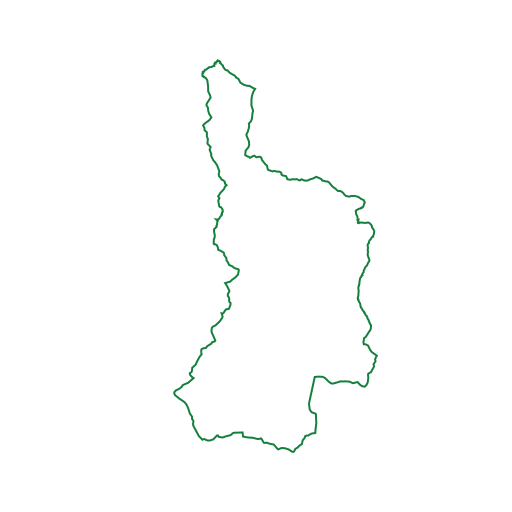 Quijos, Napo, Ecuador (Mercator projection), rotated 252°
{"feature_id": "8360857B2766573114879", "entity_name": "Quijos", "entity_type": "district", "adm_level": 2, "iso_a3": "ECU", "parent_name": "Ecuador", "parent_adm1": "Napo", "projection": "mercator", "projection_center": [-77.926, -0.452], "detail": "fine", "context": "isolated", "style": "outline", "palette": "green", "viewbox_px": 512, "rotation_deg": 252, "n_neighbors": 0, "source": "geoboundaries", "source_scale": "gbopen_adm2", "svg_char_len": 6104}
<svg xmlns="http://www.w3.org/2000/svg" viewBox="0 0 512 512"><g transform="rotate(252 256 256)"><path d="M415.2,306.8L417.3,304.5L419.8,302.4L420.5,300.4L422.6,297.3L425.7,294.7L429.6,294.1L431.6,292.6L431.8,292.2L432.6,292.2L434.1,291.5L438.5,287.5L441.4,286.3L441.8,285.1L442.9,284.2L446.1,283.2L447.4,283.4L448.6,282.5L449.9,282.2L450.9,281.3L451.8,281.9L452.9,281.1L453.1,280.3L453.8,280.1L453.1,278.7L452.4,278.3L452.6,276.9L451.4,276.9L451.5,275.7L449.5,275.0L449.9,273.4L449.5,272.4L450.0,269.4L449.5,268.8L449.5,268.0L448.7,266.6L448.9,265.1L447.4,263.8L447.8,262.7L447.5,262.2L446.2,262.1L446.1,261.4L443.7,260.7L443.0,261.8L442.2,261.6L441.2,263.1L438.3,264.0L432.3,262.9L427.3,261.4L422.6,262.0L420.6,261.7L416.6,256.8L415.7,256.0L414.4,255.4L412.1,256.1L408.4,255.4L405.6,255.4L401.6,256.4L399.6,253.6L398.3,249.6L397.2,246.9L396.5,246.0L393.9,246.5L391.5,246.0L388.8,247.5L384.8,246.2L382.2,246.4L378.3,244.7L377.4,244.7L373.7,246.5L371.3,244.7L366.9,245.0L365.3,244.3L360.0,245.0L358.5,245.8L354.4,247.0L348.5,247.3L347.9,247.3L345.2,245.8L343.4,245.5L341.3,246.5L339.3,246.9L338.1,248.2L336.7,249.0L335.6,249.3L334.5,248.8L332.4,249.9L331.4,247.7L330.3,247.0L329.2,245.7L326.8,241.2L325.8,240.4L324.6,238.6L324.2,238.4L322.3,239.1L320.3,237.2L314.6,236.4L313.8,236.8L313.3,237.7L311.4,238.4L310.1,238.6L309.6,238.2L308.3,238.1L307.8,237.1L306.3,236.6L306.2,236.0L305.3,235.9L304.5,234.3L302.7,232.3L302.7,231.6L302.2,231.1L303.1,229.4L301.0,230.3L299.8,229.4L297.9,228.7L297.0,227.7L296.0,227.6L294.4,224.4L292.0,223.6L288.3,223.2L286.1,222.2L285.1,221.2L280.9,219.6L280.0,219.9L279.6,221.1L278.5,222.0L276.3,222.4L273.5,222.0L271.8,224.1L269.1,226.3L268.1,226.4L266.7,226.0L263.1,227.2L260.9,226.6L258.9,227.3L255.7,227.7L253.8,230.0L251.0,231.9L249.0,235.0L248.5,235.3L247.4,235.1L244.0,233.2L242.2,230.2L240.8,226.0L239.6,223.4L239.8,218.3L236.7,219.1L231.5,219.9L230.5,219.7L228.6,217.5L226.8,216.9L224.8,217.4L223.2,217.2L221.4,216.5L220.5,216.6L219.2,217.3L217.6,216.7L214.2,214.0L214.0,213.3L214.6,211.4L213.7,209.7L211.7,207.3L211.6,206.3L212.1,205.6L208.7,205.5L207.8,204.9L205.2,201.6L202.5,196.0L202.1,193.0L201.2,191.7L198.2,190.4L196.7,190.3L188.2,191.2L187.5,190.2L187.6,187.7L186.4,186.3L185.4,182.0L184.0,179.8L184.5,177.7L184.2,175.4L183.3,174.8L180.3,173.9L179.3,173.9L177.8,171.5L174.4,167.8L171.2,164.9L169.5,160.9L166.8,159.7L165.5,158.8L165.1,157.0L164.5,156.6L163.4,156.6L162.3,157.0L160.6,157.8L159.2,158.9L156.4,152.3L155.9,147.0L155.6,146.1L154.4,144.8L153.5,142.2L152.8,138.0L152.0,136.6L150.8,135.8L148.7,136.0L144.1,139.0L139.2,142.8L137.3,143.6L135.1,144.2L131.2,144.5L126.7,144.4L123.1,145.5L120.6,144.8L119.2,145.4L118.1,145.4L115.5,144.1L113.5,144.0L102.4,146.0L97.8,148.3L98.0,149.5L97.8,150.4L96.1,152.1L95.3,153.4L94.8,155.3L94.8,158.6L97.4,163.6L97.0,164.4L95.6,164.6L94.0,167.4L93.7,168.5L93.8,172.0L93.5,175.9L93.7,177.3L94.6,178.9L94.7,180.5L92.3,188.7L88.3,187.9L86.0,192.0L84.2,196.6L81.5,200.9L80.9,203.3L81.0,204.4L80.2,204.8L76.0,205.7L75.4,206.8L75.1,208.7L73.7,210.3L71.2,214.6L65.6,217.0L65.2,217.5L65.5,221.0L64.3,224.0L62.1,227.1L58.5,230.1L58.2,230.9L58.4,231.9L60.4,233.8L61.0,236.6L62.2,238.6L62.9,241.5L65.6,243.0L66.6,243.9L67.9,246.0L69.6,247.3L69.5,248.8L69.1,250.5L69.8,252.6L69.9,254.6L69.3,257.7L72.2,258.8L78.3,261.7L87.2,264.1L87.8,263.7L90.1,260.8L91.5,260.1L93.8,259.7L99.3,260.8L122.8,274.5L122.0,278.1L120.5,282.0L118.6,284.0L114.1,286.3L112.1,287.7L111.2,288.8L110.8,290.4L110.6,298.2L110.0,299.1L109.2,302.2L107.5,306.3L105.1,308.8L104.7,313.7L101.5,315.1L99.5,316.6L98.1,319.1L99.5,321.5L101.3,323.2L105.5,325.2L108.3,325.8L109.4,326.4L110.0,329.4L114.1,333.8L114.7,334.2L116.9,334.4L118.8,337.1L120.8,337.3L121.8,338.0L123.9,340.1L129.1,336.3L131.8,335.5L136.2,334.9L137.9,333.2L138.5,332.2L138.7,331.3L141.0,331.5L142.1,332.3L144.4,333.3L145.2,335.5L149.7,340.9L150.0,341.6L151.6,342.8L154.6,344.0L156.6,343.3L157.2,343.5L159.3,343.1L159.9,343.4L162.1,342.7L163.0,343.0L164.1,342.6L164.6,342.8L166.2,342.0L167.8,341.9L168.2,341.5L168.9,341.7L169.1,341.4L169.5,341.5L171.4,340.7L173.8,340.3L174.5,339.9L175.1,340.0L175.7,339.8L177.3,340.2L179.2,340.3L180.2,339.9L181.4,339.9L182.0,339.7L182.4,339.9L183.0,339.5L183.8,339.9L184.5,339.7L186.9,341.3L187.8,341.4L190.2,342.6L194.2,343.5L195.5,344.2L195.9,344.8L196.8,344.9L197.3,345.6L199.6,346.5L202.4,348.0L203.2,348.7L203.5,349.5L204.4,350.0L204.7,351.3L205.8,351.2L207.6,353.5L209.1,354.1L209.9,355.1L211.3,356.1L212.8,358.7L215.3,360.9L216.0,362.1L216.5,362.4L217.3,362.6L222.5,362.5L225.5,363.9L227.4,364.1L229.0,365.1L231.7,365.4L233.2,366.6L233.4,367.4L234.7,367.9L235.9,369.0L236.3,370.1L238.1,372.0L238.2,373.4L238.8,373.5L240.3,374.8L243.1,376.2L246.0,375.7L247.2,375.2L248.9,375.5L251.0,374.8L252.7,373.7L253.4,372.6L253.3,371.7L253.9,369.6L255.5,366.0L255.5,363.6L255.9,363.2L256.4,363.2L256.7,364.2L257.8,363.9L258.6,364.5L258.6,363.6L258.9,363.5L259.7,364.2L262.4,364.6L265.0,364.2L268.1,364.8L268.6,365.7L269.1,369.0L268.9,370.0L269.2,370.5L269.0,371.0L269.5,371.5L269.2,372.3L270.0,373.4L272.2,374.9L273.2,376.0L275.9,375.7L277.9,373.5L280.6,371.6L282.7,368.3L283.7,364.8L283.6,363.1L285.2,360.2L287.1,359.0L288.9,358.5L290.3,357.6L291.8,356.2L292.5,354.1L293.0,353.7L295.9,352.1L297.2,351.0L298.8,350.0L303.0,348.4L304.6,347.3L305.4,345.3L306.6,343.8L307.0,342.6L307.7,342.1L309.0,341.9L312.7,337.8L312.1,334.3L312.2,331.0L311.8,328.2L312.7,325.5L314.9,323.0L314.4,321.4L314.5,320.6L316.6,318.4L316.9,316.3L317.7,314.8L317.9,312.3L318.9,310.1L319.7,309.4L320.8,309.5L322.7,309.2L324.3,306.4L325.2,305.5L326.1,305.4L326.8,305.8L328.1,305.3L329.2,303.9L329.5,302.6L331.4,299.3L331.3,298.0L334.1,294.2L335.4,294.0L338.5,294.4L340.5,293.2L345.6,291.3L346.6,291.5L348.6,291.1L349.4,289.8L349.8,286.9L351.9,285.3L351.9,283.7L351.2,280.7L352.6,279.8L353.4,278.5L355.4,276.9L359.4,278.7L361.8,282.5L364.1,284.0L367.3,284.7L373.5,284.2L374.5,284.4L376.9,286.7L379.7,288.6L381.8,289.7L384.1,290.1L385.6,292.8L387.9,294.6L393.1,296.9L395.0,298.1L400.8,298.2L406.8,300.3L409.3,301.5L413.0,304.2L415.2,306.8Z" fill="none" stroke="#15803d" stroke-width="2"/></g></svg>